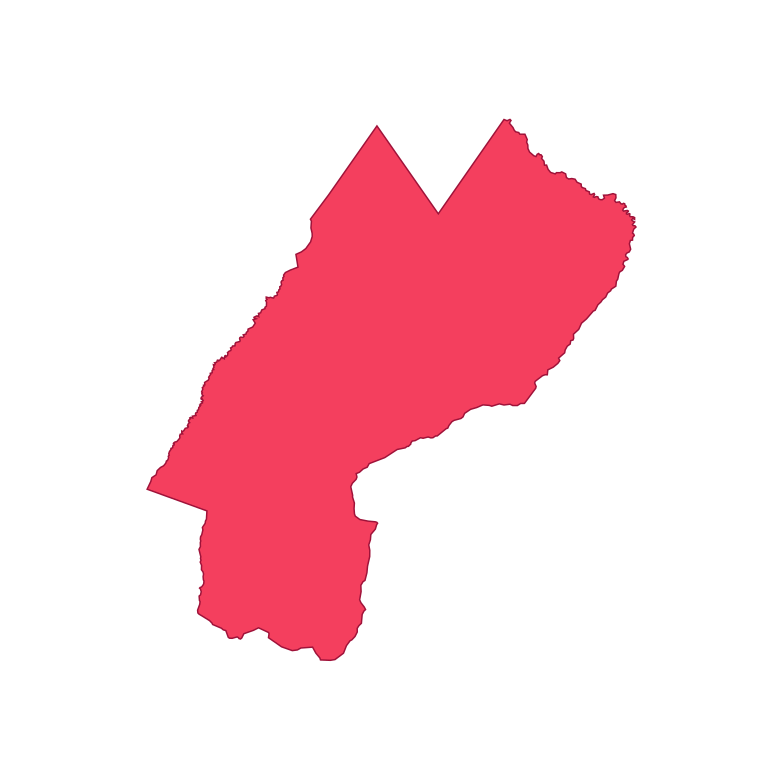 El Carmen, Jujuy, Argentina, rotated 290°
{"feature_id": "61730980B76568954927707", "entity_name": "El Carmen", "entity_type": "district", "adm_level": 2, "iso_a3": "ARG", "parent_name": "Argentina", "parent_adm1": "Jujuy", "projection": "robinson", "projection_center": [-65.18, -24.455], "detail": "fine", "context": "isolated", "style": "filled", "palette": "rose", "viewbox_px": 768, "rotation_deg": 290, "n_neighbors": 0, "source": "geoboundaries", "source_scale": "gbopen_adm2", "svg_char_len": 6159}
<svg xmlns="http://www.w3.org/2000/svg" viewBox="0 0 768 768"><g transform="rotate(290 384 384)"><path d="M350.5,221.6L349.2,220.8L349.7,219.9L349.4,219.3L347.2,219.3L346.0,217.5L345.3,218.5L343.9,218.3L343.8,217.1L341.6,218.5L340.1,218.0L339.3,219.0L338.8,218.2L337.7,217.9L335.9,218.7L334.6,217.1L333.9,217.8L330.4,216.9L329.6,217.7L327.6,217.6L324.1,214.9L321.9,215.9L321.1,214.8L320.2,215.5L318.4,214.5L317.3,215.5L314.2,215.3L313.6,216.3L312.9,216.0L311.4,217.1L311.1,218.1L309.0,216.9L307.5,217.1L307.3,217.7L307.9,218.1L306.5,219.8L304.9,218.6L304.9,219.5L304.2,219.9L302.3,218.3L301.5,218.9L301.1,218.1L300.2,218.8L298.6,218.0L296.4,218.5L295.4,217.6L293.6,218.2L292.4,217.0L291.2,217.1L290.1,218.1L288.2,214.9L286.6,215.9L286.4,213.6L285.7,213.1L285.0,213.8L283.0,212.8L282.2,213.0L281.2,214.6L280.3,213.8L277.6,213.5L277.1,214.0L277.4,214.5L276.8,214.8L275.7,214.4L274.4,212.4L271.6,211.8L270.3,210.8L270.5,210.1L268.9,210.7L268.3,211.8L267.1,209.7L265.5,209.7L263.6,210.6L262.2,210.2L259.0,209.0L258.0,207.4L256.6,206.5L255.9,206.5L256.0,207.3L254.9,207.6L253.9,206.7L251.8,207.2L250.6,205.8L249.7,206.2L247.2,205.5L244.8,205.6L243.7,206.5L242.3,206.0L241.3,206.7L239.3,206.9L237.6,206.4L237.3,205.9L235.0,206.0L231.8,204.9L229.1,202.5L225.0,200.5L220.7,200.9L216.6,197.9L212.6,198.2L204.1,197.4L204.2,261.0L196.2,263.4L194.2,263.1L191.9,263.6L187.1,262.4L184.9,263.7L180.0,264.3L177.7,263.9L175.3,264.5L173.8,265.5L172.2,265.6L168.4,267.1L165.3,266.7L158.9,271.0L157.3,271.2L155.8,272.3L153.8,272.2L151.2,274.6L147.0,276.0L145.6,278.1L143.8,279.4L141.1,279.9L138.1,281.3L137.3,282.2L134.6,282.9L133.2,282.7L130.9,282.0L129.9,280.8L129.1,280.5L128.7,281.5L126.3,283.3L123.1,283.7L121.5,282.8L117.5,284.6L116.6,285.6L113.9,286.2L107.7,286.2L105.2,287.4L104.5,288.8L102.0,301.0L100.4,304.3L99.4,305.2L98.9,314.7L98.0,317.1L98.2,319.7L92.7,324.3L92.3,325.7L93.1,328.3L96.1,332.5L95.9,333.9L95.2,334.8L95.3,336.4L96.7,337.2L101.4,337.7L107.9,345.6L112.0,349.5L111.0,360.5L110.0,361.4L106.1,362.2L102.0,377.6L102.1,389.0L104.5,393.6L107.5,396.2L112.3,406.9L107.8,412.0L104.6,417.5L103.0,418.7L106.0,428.1L108.3,432.2L117.2,438.0L125.3,438.2L131.1,439.9L132.6,441.3L136.8,443.1L141.8,443.7L145.2,442.4L148.4,443.1L151.4,444.6L160.0,442.3L163.8,442.8L165.7,443.8L167.6,441.8L170.6,437.1L172.9,434.9L181.0,433.5L186.9,431.1L191.1,431.9L192.9,433.3L200.8,432.5L207.3,430.8L216.9,429.6L222.9,427.5L227.6,424.7L233.0,424.5L238.1,423.1L244.7,425.5L249.2,425.2L251.0,425.6L251.6,424.5L251.5,422.8L249.7,415.9L248.4,407.7L250.0,402.2L251.8,400.7L256.6,398.5L262.0,396.9L267.0,393.1L268.7,392.6L276.1,387.9L279.9,388.2L284.9,390.4L287.3,390.4L290.3,388.5L292.6,391.1L297.1,393.5L300.1,396.7L304.1,397.3L315.1,409.9L327.0,418.8L331.3,425.8L333.1,426.9L333.8,428.3L336.7,429.7L337.8,429.4L340.0,430.0L341.5,432.7L346.0,436.7L346.4,439.3L349.3,443.6L349.4,446.5L350.3,448.4L352.8,450.2L353.4,451.8L363.3,457.7L364.3,459.0L367.2,459.2L371.8,460.7L373.8,462.3L377.9,468.1L380.1,469.5L384.0,469.8L389.8,474.0L393.7,479.3L398.2,484.1L399.9,490.2L400.0,492.9L404.8,499.2L405.3,503.9L408.1,509.3L407.8,512.4L409.4,516.7L412.4,519.0L413.8,522.6L431.8,528.0L433.7,527.8L436.5,525.2L438.3,525.2L446.0,530.1L447.8,532.2L448.5,534.3L453.3,533.1L457.7,537.3L462.8,540.3L466.1,541.2L468.0,539.2L475.1,543.1L478.0,542.6L482.3,543.3L485.2,545.3L488.6,544.6L490.0,546.6L491.8,546.6L495.6,545.0L501.9,548.3L508.7,548.8L514.4,552.0L524.1,555.7L525.5,557.2L531.6,557.9L535.3,559.8L537.8,560.4L541.5,562.6L546.0,563.0L549.2,565.1L550.9,565.2L555.2,568.4L560.2,567.2L562.3,567.8L568.2,567.0L569.9,567.2L572.4,569.1L576.8,569.9L578.3,567.6L581.3,567.4L584.5,570.6L585.2,570.5L586.1,569.4L586.4,567.7L588.2,566.8L590.2,567.5L592.0,569.3L595.0,569.7L599.7,566.6L603.2,566.4L604.2,568.3L606.7,567.5L609.1,568.4L610.2,567.5L610.8,565.9L614.9,565.7L617.7,567.1L618.5,565.7L618.1,563.9L618.8,562.9L622.0,564.1L622.3,561.6L622.9,560.6L624.6,561.1L624.4,563.2L626.1,562.6L626.3,560.9L625.5,558.1L626.1,557.3L627.9,556.9L628.1,556.4L626.7,554.5L626.8,553.6L627.7,553.3L629.5,554.6L630.1,554.5L630.3,553.3L628.4,549.9L629.0,548.9L630.9,549.0L632.3,549.7L633.2,551.1L634.2,550.3L634.5,549.2L635.7,548.5L635.7,547.3L634.6,546.4L634.4,545.0L635.7,543.0L634.0,539.9L635.1,538.0L638.3,538.3L641.3,537.0L641.2,534.1L638.0,529.5L636.5,525.7L634.0,527.6L631.8,526.0L631.2,524.2L631.4,522.4L633.1,520.9L632.7,519.3L631.3,517.8L631.4,516.7L634.1,517.1L634.9,516.2L632.8,513.8L632.8,512.2L634.8,511.2L634.9,507.6L636.5,506.4L636.4,503.1L637.2,501.8L639.3,500.9L639.6,496.4L641.8,493.5L641.3,490.2L639.8,487.4L640.4,484.8L643.6,482.8L644.1,478.5L642.8,477.2L641.6,473.8L640.0,473.0L639.8,468.2L641.8,464.8L645.3,461.9L644.5,460.0L648.1,458.1L649.8,455.0L651.9,455.0L653.1,453.2L652.7,451.9L653.5,450.5L652.3,449.4L649.7,449.0L649.7,446.8L651.7,441.5L654.5,438.7L657.8,437.4L660.0,435.3L662.7,435.0L666.9,431.0L665.2,426.2L666.4,424.6L666.0,421.6L666.9,419.7L669.1,417.5L672.0,412.6L675.1,413.2L675.7,411.9L673.5,409.6L673.6,406.3L562.5,376.8L624.1,289.1L542.5,267.2L513.7,258.5L512.2,260.1L505.6,262.0L501.1,264.9L498.1,266.1L492.4,266.4L484.5,264.2L479.9,261.2L475.7,256.9L464.4,263.2L459.2,257.2L455.0,253.2L452.0,252.4L450.7,253.2L449.3,252.6L446.9,253.6L446.1,252.7L444.6,252.4L442.3,253.8L440.7,253.6L439.8,252.8L437.7,253.7L436.6,253.0L434.4,253.3L433.4,252.0L431.5,253.3L430.7,253.2L429.0,250.9L427.3,251.0L426.9,250.6L426.6,247.5L425.7,246.5L425.4,243.6L424.2,244.0L423.5,245.2L422.0,244.3L420.6,245.7L416.8,246.9L415.4,245.9L414.1,246.4L411.8,243.8L408.7,243.7L407.4,241.9L406.5,242.8L405.2,242.4L404.5,243.1L404.4,241.0L402.2,239.0L401.5,239.9L401.5,241.4L399.7,239.0L397.1,242.2L392.6,241.1L389.1,237.5L387.0,238.0L385.4,237.0L383.8,237.3L382.0,234.9L381.1,236.1L380.4,236.1L379.5,235.4L379.1,233.4L378.3,232.7L377.2,232.8L375.6,234.0L374.6,233.9L372.3,230.6L371.1,230.3L368.9,230.9L367.9,228.7L366.8,228.7L365.4,227.5L364.4,228.4L363.1,228.6L361.6,227.0L359.9,226.2L359.4,226.8L357.2,227.2L356.3,226.4L356.5,225.3L355.9,224.8L355.1,224.9L355.0,225.7L354.1,224.9L353.1,225.3L353.3,224.2L353.0,223.8L353.6,223.0L353.6,222.3L350.5,221.6Z" fill="#f43f5e" stroke="#9f1239" stroke-width="1.5"/></g></svg>